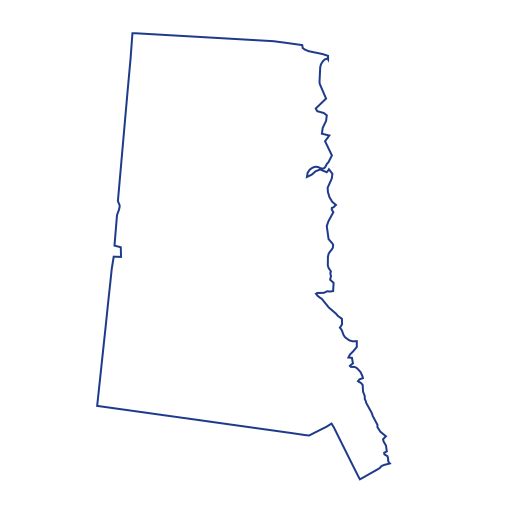 Connecticut, Natural Earth projection, rotated 274°
{"feature_id": "USA-3537", "entity_name": "Connecticut", "entity_type": "State", "adm_level": 1, "iso_a3": "USA", "parent_name": "United States of America", "parent_adm1": "", "projection": "natural_earth1", "projection_center": [-72.846, 41.528], "detail": "fine", "context": "isolated", "style": "outline", "palette": "blue", "viewbox_px": 512, "rotation_deg": 274, "n_neighbors": 0, "source": "natural_earth", "source_scale": "10m", "svg_char_len": 2645}
<svg xmlns="http://www.w3.org/2000/svg" viewBox="0 0 512 512"><g transform="rotate(274 256 256)"><path d="M58.6,403.8L58.4,404.0L57.3,400.8L56.7,398.9L55.6,396.5L54.9,395.6L54.3,395.1L53.3,394.4L52.6,393.6L47.1,385.3L41.7,377.2L40.5,375.2L43.7,373.2L53.6,367.3L66.0,360.0L79.6,352.0L90.5,345.6L94.1,343.0L90.7,338.4L87.8,333.5L84.7,328.3L80.6,321.4L80.9,316.0L81.9,303.0L82.8,290.0L83.7,277.0L84.6,264.0L85.5,251.0L86.4,238.0L87.3,225.0L88.2,212.0L89.1,199.0L90.0,186.0L90.9,173.0L91.8,160.0L92.7,147.0L93.6,134.0L94.5,121.0L95.4,108.0L122.5,109.0L149.7,110.0L176.8,111.0L204.0,111.9L219.0,112.5L233.3,113.0L245.4,114.1L245.7,121.4L255.3,120.5L256.5,114.1L287.1,114.5L292.3,116.0L295.2,116.5L297.1,116.4L301.2,114.4L312.4,114.6L345.4,115.2L378.3,115.8L411.2,116.4L444.2,117.1L469.6,117.2L469.8,120.3L470.0,136.5L470.2,152.7L470.4,168.9L470.6,185.1L470.8,201.3L471.0,217.5L471.2,233.7L471.4,250.0L471.5,258.4L470.8,270.1L469.6,287.4L466.7,288.1L465.3,290.4L464.0,294.2L462.1,308.3L460.7,313.9L457.4,314.2L457.2,314.2L458.1,313.6L456.8,310.8L454.6,308.9L451.6,307.4L448.8,306.9L434.2,307.2L432.1,307.6L417.9,314.9L407.3,305.3L404.7,307.0L403.4,313.6L401.3,316.8L395.7,316.5L388.4,313.6L382.6,313.2L381.3,320.7L375.3,316.9L361.6,324.7L354.5,321.7L352.9,320.3L349.8,319.0L348.4,317.9L347.7,315.8L348.2,313.9L349.1,311.7L349.2,309.1L348.1,306.3L345.9,303.6L342.6,301.7L338.4,301.3L341.0,305.9L344.7,309.6L346.8,314.0L344.5,320.7L346.7,322.3L347.6,322.7L343.3,326.5L338.6,326.2L329.1,322.7L324.8,323.3L319.8,325.2L315.3,328.3L312.5,332.2L311.2,330.9L310.4,330.4L309.9,329.8L309.3,328.3L307.6,328.3L305.1,330.1L295.9,325.9L290.8,324.5L278.0,327.2L276.0,329.1L274.2,331.0L272.5,332.2L269.6,332.1L267.5,331.0L265.5,329.5L263.3,328.3L260.2,327.8L251.7,328.3L249.4,329.1L245.8,331.8L244.1,331.3L241.2,332.2L237.5,331.6L234.6,335.3L226.4,335.4L225.7,332.4L225.8,329.5L224.0,326.3L223.4,319.8L222.5,318.5L220.5,320.3L218.6,323.1L218.0,324.5L209.7,332.2L204.0,339.9L201.9,341.9L199.3,346.1L193.8,346.6L190.4,344.7L188.1,346.7L183.2,348.9L181.2,350.5L179.2,353.6L178.3,355.1L177.6,358.7L178.1,362.5L172.3,362.9L167.7,359.6L165.6,357.8L164.3,356.6L161.2,355.3L161.1,358.8L155.6,360.2L154.1,358.4L153.3,357.6L152.9,357.3L152.0,358.4L152.2,362.1L151.4,364.1L150.0,365.8L147.6,368.3L143.7,370.5L141.6,371.2L140.1,367.7L138.2,366.5L136.6,369.7L134.8,371.4L131.6,371.8L128.0,372.3L124.0,374.2L120.9,374.5L119.1,375.6L117.3,376.1L107.5,382.4L104.4,383.7L96.1,388.9L93.7,389.1L89.4,392.3L85.2,398.2L82.1,395.5L79.9,396.2L75.9,398.9L70.2,400.1L68.7,397.6L67.1,397.9L65.5,401.1L63.6,401.8L60.2,402.3L58.6,403.8Z" fill="none" stroke="#1e3a8a" stroke-width="2"/></g></svg>